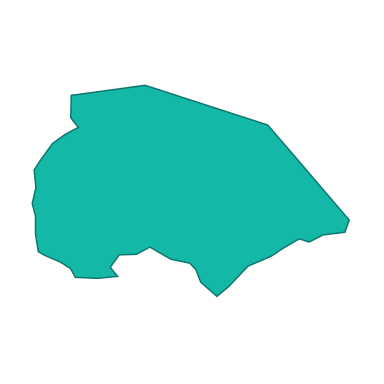 outline of Venha-Ver, Rio Grande do Norte, Brazil, rotated 6°
{"feature_id": "56859067B44091941212152", "entity_name": "Venha-Ver", "entity_type": "district", "adm_level": 2, "iso_a3": "BRA", "parent_name": "Brazil", "parent_adm1": "Rio Grande do Norte", "projection": "robinson", "projection_center": [-38.535, -6.321], "detail": "fine", "context": "isolated", "style": "filled", "palette": "teal", "viewbox_px": 384, "rotation_deg": 6, "n_neighbors": 0, "source": "geoboundaries", "source_scale": "gbopen_adm2", "svg_char_len": 631}
<svg xmlns="http://www.w3.org/2000/svg" viewBox="0 0 384 384"><g transform="rotate(6 192 192)"><path d="M84.9,289.1L107.5,287.7L126.8,283.7L118.6,275.5L126.2,262.1L143.2,259.8L155.9,251.2L178.0,261.1L197.2,263.0L204.0,268.8L210.2,280.9L227.7,293.2L238.3,282.3L255.5,259.8L277.3,247.7L288.8,238.2L303.5,227.4L313.8,229.5L326.7,221.0L348.3,216.0L351.3,203.5L288.5,144.0L260.3,117.5L134.1,90.8L61.8,108.5L63.7,131.0L72.2,139.6L59.8,148.0L48.2,158.4L38.8,174.7L32.7,186.5L36.3,204.0L34.3,220.2L38.8,231.9L40.8,250.4L45.4,267.4L52.5,270.5L68.5,275.5L79.3,280.9L84.9,289.1Z" fill="#14b8a6" stroke="#0f766e" stroke-width="1.5"/></g></svg>